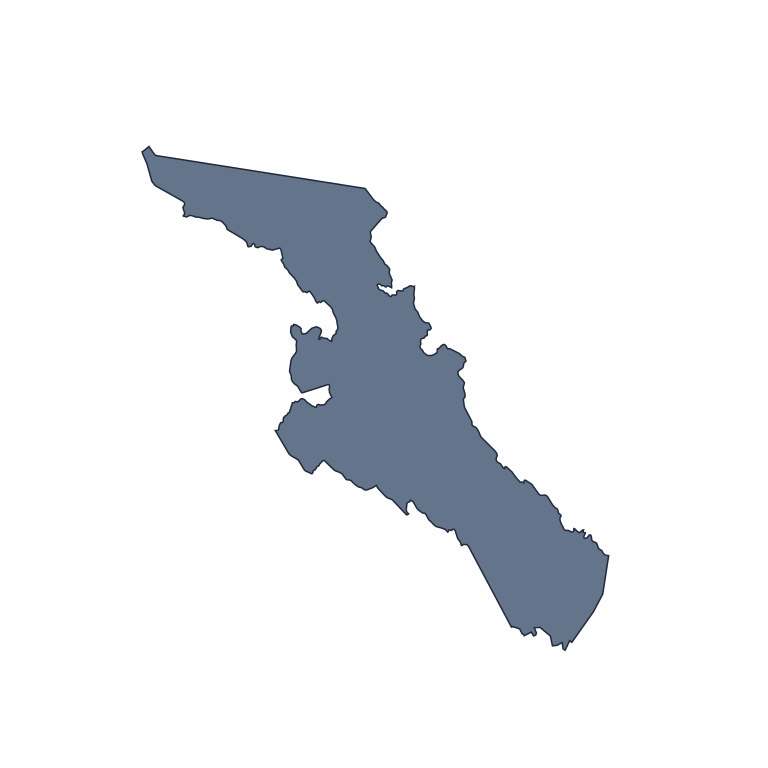 an SVG outline of Rift Valley, rotated 152°
{"feature_id": "KEN-890", "entity_name": "Rift Valley", "entity_type": "Province", "adm_level": 1, "iso_a3": "KEN", "parent_name": "Kenya", "parent_adm1": "", "projection": "equal_earth", "projection_center": [36.059, 0.919], "detail": "fine", "context": "isolated", "style": "filled", "palette": "slate", "viewbox_px": 768, "rotation_deg": 152, "n_neighbors": 0, "source": "natural_earth", "source_scale": "10m", "svg_char_len": 6151}
<svg xmlns="http://www.w3.org/2000/svg" viewBox="0 0 768 768"><g transform="rotate(152 384 384)"><path d="M367.9,91.1L370.2,91.3L370.4,95.8L378.4,95.9L378.5,97.2L379.3,99.1L379.2,103.4L379.5,104.5L384.0,109.1L385.6,109.5L385.6,201.0L386.1,203.0L387.2,203.9L389.1,205.0L391.2,204.8L391.5,205.3L390.8,208.5L391.5,212.8L390.0,221.2L390.3,222.8L391.2,223.3L393.5,223.1L394.7,224.5L395.3,224.7L396.8,223.3L397.3,223.4L398.1,226.7L400.5,229.5L405.0,233.8L406.1,236.4L407.1,240.2L408.2,242.9L408.2,248.8L408.6,250.6L410.6,252.1L412.9,256.8L413.4,260.0L413.4,263.6L413.7,266.8L415.3,269.0L416.6,268.0L418.9,268.3L419.7,267.9L422.9,263.3L423.6,261.9L423.9,260.1L423.2,257.8L424.6,257.5L425.3,257.8L425.7,258.3L430.8,277.1L431.2,278.2L434.6,282.1L435.4,284.1L437.9,293.0L438.4,295.6L438.3,298.0L443.2,297.8L448.9,298.5L450.9,299.7L452.4,302.8L454.9,305.2L455.9,307.0L457.3,310.3L458.4,314.1L459.5,315.3L462.2,317.4L463.2,324.4L465.0,327.2L467.4,329.8L468.5,331.6L472.7,344.6L474.3,345.0L476.0,344.2L478.3,343.6L480.0,342.4L482.3,342.4L484.5,340.7L487.1,340.6L488.4,339.2L489.5,338.6L490.0,338.7L493.7,343.5L494.4,344.6L494.7,345.8L495.3,356.3L495.6,357.7L499.8,364.5L500.7,366.9L501.8,393.9L499.5,392.9L498.6,393.1L495.9,396.6L493.6,398.3L492.9,398.3L492.2,397.7L491.4,397.8L490.0,399.0L489.0,401.0L488.2,401.6L486.5,402.2L484.4,402.1L482.1,403.5L480.8,403.2L479.8,404.6L478.0,406.0L476.0,408.3L474.6,409.2L473.8,410.5L472.6,409.8L470.4,410.2L468.4,408.7L464.3,409.9L462.8,409.3L461.3,407.1L460.9,404.9L457.8,398.4L455.2,395.5L454.3,395.6L452.9,396.9L451.5,396.8L450.0,395.2L446.3,393.7L445.4,393.9L442.9,395.3L438.5,396.5L436.8,396.3L436.3,396.9L436.1,402.3L435.4,403.5L435.0,405.1L433.0,407.7L432.9,409.3L433.8,409.8L460.5,414.6L461.0,416.0L461.2,421.8L461.6,423.4L462.9,426.0L463.7,429.2L463.4,432.0L462.0,434.8L461.5,439.5L455.1,448.4L453.0,450.2L447.5,452.8L445.8,454.0L443.0,460.1L441.5,462.0L441.0,463.2L441.1,464.6L442.7,468.6L442.3,472.8L442.0,473.9L439.0,478.4L438.3,478.6L437.0,477.9L435.9,479.0L435.3,478.8L433.9,477.4L431.6,473.6L431.2,471.7L432.2,470.4L432.7,466.8L432.4,466.5L429.2,465.1L421.6,467.1L417.0,466.3L416.2,465.6L414.3,463.1L414.1,461.4L414.2,460.5L415.1,459.2L420.2,455.1L420.5,454.3L419.8,453.6L417.7,454.8L417.0,454.6L415.7,452.6L413.1,451.2L412.3,448.8L410.2,446.3L409.8,446.6L409.2,448.0L406.2,450.5L402.4,451.1L401.8,452.8L399.4,454.0L398.1,455.5L397.0,459.4L396.1,461.6L395.4,464.6L395.4,470.4L394.5,474.5L394.9,477.3L397.8,485.7L399.0,486.3L401.5,485.7L402.4,487.1L404.4,486.6L405.0,487.0L405.4,489.1L405.0,492.0L405.5,497.8L406.2,501.1L409.4,500.9L410.2,502.4L412.3,503.4L412.4,503.8L413.6,512.0L413.0,516.0L413.4,519.3L415.4,526.7L415.4,529.8L415.8,531.4L416.8,533.5L416.3,537.1L416.7,541.3L416.3,542.1L414.6,542.3L414.1,542.7L411.9,551.4L412.3,553.0L419.5,554.5L424.0,558.3L425.6,561.3L426.7,562.4L428.8,563.5L430.7,563.5L431.7,563.8L433.3,565.6L432.8,568.3L433.2,569.3L434.2,569.3L436.6,568.0L439.4,568.8L439.6,569.3L438.7,573.3L439.2,575.5L440.6,578.8L449.9,594.1L449.4,596.8L449.5,598.6L450.5,602.3L451.7,605.0L454.4,606.8L458.0,611.3L460.8,611.9L462.5,612.7L465.7,614.9L469.6,618.6L471.5,619.5L475.1,623.3L476.8,624.1L479.8,624.1L482.3,626.4L482.4,626.7L480.7,627.5L479.8,628.4L478.7,634.3L476.2,635.8L475.2,637.1L475.1,638.1L475.5,639.4L492.6,666.1L493.2,668.0L493.8,672.0L489.9,689.9L489.0,701.0L488.4,702.7L486.4,702.7L480.0,704.1L478.9,694.6L478.0,692.7L308.9,565.5L306.7,551.5L305.4,548.1L303.8,546.3L303.1,542.5L302.3,541.0L301.6,537.9L300.6,535.6L300.7,533.8L304.3,530.6L308.3,531.1L323.8,525.2L324.8,524.5L326.1,520.0L329.4,516.3L329.1,514.3L327.9,509.1L328.3,504.7L327.6,496.3L326.8,493.3L327.0,489.8L325.8,487.2L325.1,483.6L325.2,482.6L327.4,479.3L328.0,472.0L330.0,469.9L331.4,466.5L332.1,465.4L333.4,467.5L334.9,469.1L335.5,469.2L336.6,468.7L337.1,468.9L338.2,471.2L339.8,471.7L340.6,473.8L341.8,474.8L342.9,474.9L343.6,474.4L344.0,470.2L343.5,469.2L340.9,466.4L340.5,464.1L338.5,462.5L338.0,459.3L337.0,458.0L336.3,458.0L335.3,458.7L334.7,458.7L332.3,457.2L331.0,457.0L330.5,457.4L329.6,459.4L328.2,460.1L325.7,458.7L324.6,457.5L323.6,457.6L321.7,458.8L318.6,458.3L315.2,458.5L314.0,458.0L312.5,456.3L311.2,456.1L312.2,454.1L315.7,449.0L316.8,445.5L320.0,441.6L321.3,435.8L320.5,431.6L321.0,426.0L320.2,421.8L319.0,419.0L315.8,416.7L315.8,412.8L316.2,411.0L317.9,410.2L320.3,411.0L321.2,410.2L322.6,407.1L323.3,406.5L325.0,406.8L327.1,405.7L328.8,406.4L330.2,406.2L331.7,404.7L332.6,402.1L334.7,400.3L335.0,398.8L334.9,397.6L334.2,396.2L334.2,393.0L332.6,389.4L331.8,388.6L328.4,386.7L324.8,386.5L322.7,386.9L321.9,387.5L320.3,390.0L318.7,389.6L315.6,390.8L313.4,391.1L312.0,390.4L311.3,388.5L311.4,386.1L311.2,385.2L309.4,384.4L303.5,376.0L302.4,373.8L302.3,372.4L300.1,369.6L300.9,365.7L303.7,364.9L305.7,362.3L306.9,361.3L311.6,360.7L313.5,359.5L314.2,356.4L313.6,353.3L312.6,350.1L312.4,347.3L315.8,343.6L317.1,337.3L318.4,334.6L320.8,333.5L321.3,332.8L323.6,326.7L323.9,325.0L324.0,309.8L325.6,306.2L325.3,305.3L323.4,302.8L323.0,301.5L322.7,298.3L323.3,291.8L317.4,272.7L317.0,269.6L317.6,267.7L319.8,265.7L320.6,264.3L320.8,262.6L320.2,261.2L318.7,259.1L318.0,253.7L317.4,252.6L316.9,252.7L316.1,254.0L315.3,253.9L314.7,253.2L312.3,246.3L311.4,239.6L310.0,234.0L309.6,233.3L307.7,232.2L307.0,231.1L306.6,231.9L305.2,233.0L304.4,232.8L303.9,232.0L300.6,226.1L299.0,214.3L298.3,212.7L297.1,211.6L294.3,210.5L293.1,209.5L292.5,207.7L291.9,198.1L291.2,195.0L289.8,192.6L289.6,191.6L290.5,188.1L289.5,185.6L289.5,184.8L289.8,184.1L291.5,183.2L292.6,180.9L293.1,177.8L293.2,171.5L292.9,169.9L289.8,168.0L288.0,165.3L286.9,164.7L285.4,165.3L284.2,167.2L283.6,166.6L282.7,163.5L281.4,160.9L277.5,161.8L276.3,161.5L277.8,159.9L277.1,158.7L276.2,158.3L276.1,157.9L278.8,155.9L279.5,154.9L279.3,153.8L278.0,152.9L276.9,152.9L273.7,154.3L272.4,153.6L272.5,152.3L273.8,148.5L273.7,147.2L271.5,144.7L271.0,143.5L271.7,139.0L271.5,137.2L269.9,134.7L269.9,131.2L269.1,129.4L267.8,128.1L266.2,127.0L289.5,95.8L306.0,84.6L339.5,67.7L340.5,70.3L349.0,63.9L350.3,66.0L348.1,72.0L353.9,72.0L358.2,73.7L355.4,83.4L360.5,95.8L365.7,98.2L366.3,92.6L367.9,91.1Z" fill="#64748b" stroke="#1e293b" stroke-width="1.5"/></g></svg>